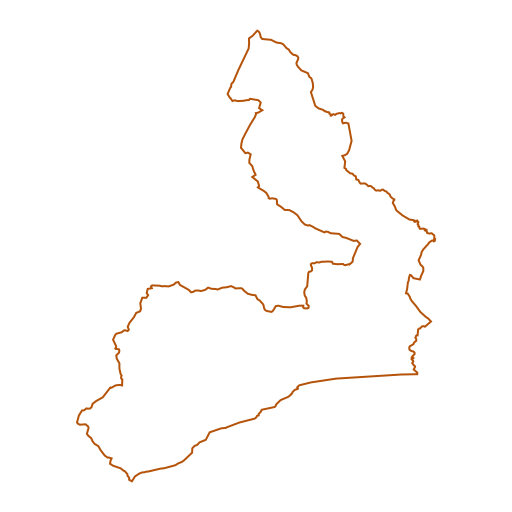 outline of Mfantseman Municipal, Central, Ghana
{"feature_id": "2480657B5340678211162", "entity_name": "Mfantseman Municipal", "entity_type": "district", "adm_level": 2, "iso_a3": "GHA", "parent_name": "Ghana", "parent_adm1": "Central", "projection": "albers", "projection_center": [-1.11, 5.277], "detail": "fine", "context": "isolated", "style": "outline", "palette": "amber", "viewbox_px": 512, "rotation_deg": 0, "n_neighbors": 0, "source": "geoboundaries", "source_scale": "gbopen_adm2", "svg_char_len": 6050}
<svg xmlns="http://www.w3.org/2000/svg" viewBox="0 0 512 512"><path d="M435.0,239.5L434.1,239.9L434.4,236.4L434.1,235.3L431.6,233.2L429.5,233.6L427.1,232.9L426.5,230.0L425.7,230.5L425.3,229.6L424.7,230.0L424.3,228.9L423.6,228.6L419.9,228.8L419.5,228.2L419.3,226.8L418.3,226.3L418.5,225.1L417.6,224.1L418.4,222.1L417.1,220.6L416.5,221.4L415.6,221.0L415.2,221.8L414.7,221.9L414.2,221.5L414.1,220.4L413.7,220.2L409.4,219.5L402.8,215.6L397.1,211.0L396.1,209.9L394.8,206.4L392.8,203.0L393.4,201.0L394.3,200.0L394.3,199.3L392.4,198.4L390.4,196.4L389.9,194.8L389.0,193.8L387.8,193.2L386.3,191.5L384.6,190.9L383.2,189.7L382.0,189.7L380.0,190.8L378.1,190.3L376.2,190.6L374.7,189.6L373.8,188.2L372.4,187.5L371.6,186.5L370.0,185.9L368.3,186.2L367.0,184.8L364.9,183.4L360.6,183.6L359.7,182.6L358.3,179.9L356.3,179.5L355.8,176.4L353.9,175.4L352.5,173.7L350.2,173.3L346.3,170.2L346.1,169.0L344.4,167.9L345.2,161.4L342.3,155.9L344.8,155.2L347.1,153.9L349.1,150.2L351.6,140.9L348.4,123.5L345.7,122.7L342.9,123.3L342.1,121.3L342.1,119.3L343.2,118.1L344.5,117.4L343.4,116.2L343.2,113.6L341.9,112.8L340.5,113.4L339.5,113.1L336.5,113.8L335.1,114.9L333.7,114.2L332.4,114.5L331.6,115.6L330.7,115.6L330.8,114.5L329.4,113.7L329.4,112.7L329.1,112.3L326.7,112.0L325.6,111.2L324.7,111.3L323.2,109.9L318.6,108.4L315.3,105.9L310.9,92.1L312.4,89.9L313.1,87.2L312.8,83.1L311.6,79.0L311.1,78.1L309.4,76.9L307.9,73.2L301.2,70.3L297.8,66.5L296.8,64.8L296.4,63.1L298.2,59.0L298.2,57.5L297.6,56.4L295.7,55.2L293.6,54.9L292.7,54.3L290.3,52.1L288.7,49.5L286.7,48.3L283.3,44.4L281.4,43.3L276.4,42.5L271.0,39.8L262.2,39.0L260.7,37.1L260.2,34.6L259.4,32.5L258.7,31.6L257.2,30.7L252.7,35.7L249.0,38.4L249.1,43.4L248.7,48.4L238.2,70.4L233.3,82.0L231.5,83.7L231.0,87.0L230.1,88.1L227.6,94.0L229.9,97.8L230.6,98.3L232.4,101.0L234.9,100.3L237.5,101.1L243.4,100.8L246.8,100.1L248.8,100.1L250.0,98.8L258.3,100.2L260.7,102.5L259.1,108.2L262.3,110.2L258.3,112.6L255.8,113.1L256.0,114.1L254.8,117.2L250.2,124.6L245.9,132.6L242.5,139.2L241.5,143.1L241.0,147.8L245.4,153.2L247.9,152.6L250.7,154.4L249.4,159.5L249.3,162.9L252.3,166.2L253.7,170.8L255.6,174.8L252.3,177.0L257.8,181.5L259.1,185.9L257.9,187.4L263.9,191.0L266.3,192.9L268.6,196.8L268.7,198.2L269.6,198.7L272.2,198.3L275.8,198.9L276.9,200.0L277.1,204.3L281.0,206.8L284.7,209.9L289.4,210.1L293.6,212.3L297.4,215.2L301.4,221.2L304.8,224.5L308.2,225.6L309.5,225.1L313.5,227.1L315.0,228.2L324.4,232.4L325.5,231.7L326.5,231.6L328.1,231.9L330.5,233.2L339.2,233.9L342.6,237.1L346.2,237.9L353.7,240.9L356.8,240.5L360.1,243.9L357.6,246.9L352.9,258.3L352.8,260.8L352.3,262.0L349.5,264.4L349.3,264.1L345.3,265.2L344.1,264.9L343.0,264.0L337.2,264.2L332.9,263.7L332.0,261.8L328.4,261.5L321.3,261.8L319.3,262.5L316.6,262.2L314.5,263.3L312.2,263.2L310.8,264.2L311.1,266.0L311.8,267.0L312.1,268.6L312.0,270.4L310.9,271.4L309.0,271.8L308.3,273.1L307.2,286.3L304.9,289.4L304.2,292.3L304.8,295.8L306.2,297.6L306.8,300.8L306.5,303.6L308.7,305.9L308.6,307.7L307.4,308.4L304.2,308.3L303.2,307.5L303.3,305.7L299.4,305.7L290.5,307.3L283.2,307.0L278.4,305.7L275.8,306.1L273.1,310.6L271.6,311.9L268.2,311.3L266.1,310.7L264.8,309.7L264.2,308.4L263.3,304.5L259.8,300.6L257.4,299.1L255.5,295.3L251.6,294.8L247.7,293.7L244.0,290.7L242.4,288.7L241.0,288.2L235.2,288.4L234.0,287.4L231.0,286.1L227.0,287.2L222.2,287.7L217.6,289.5L215.6,289.0L211.5,288.8L208.1,287.6L205.3,289.8L202.4,290.7L200.5,291.0L198.3,290.5L195.2,290.6L193.2,291.9L191.0,292.3L188.8,289.9L179.9,284.9L178.4,282.1L175.9,282.6L173.9,284.5L168.8,286.4L163.5,286.1L162.5,286.4L159.5,285.7L152.2,285.4L151.0,286.3L151.8,288.2L147.7,288.9L146.7,293.0L148.1,295.2L146.3,297.8L142.3,297.7L140.3,303.2L141.0,308.8L140.1,311.3L136.2,312.9L134.0,317.1L129.5,322.8L127.7,326.8L128.8,329.5L128.4,330.4L127.5,331.0L125.1,330.3L124.1,330.4L121.6,332.3L116.4,333.7L115.5,334.5L113.2,339.3L113.1,339.8L116.2,346.3L115.9,347.9L115.3,348.4L115.5,348.8L118.9,349.3L119.4,350.7L119.0,352.7L116.3,355.3L116.7,358.5L119.4,363.4L119.4,368.4L120.5,373.7L121.6,375.7L121.1,377.0L121.1,378.0L121.6,379.0L122.3,379.4L122.1,385.4L119.7,384.9L115.6,385.4L111.3,387.8L110.4,387.5L102.7,397.4L96.2,401.0L92.6,403.8L91.6,407.0L90.2,408.5L87.7,408.7L86.4,408.4L84.1,410.3L82.0,410.5L78.9,415.5L77.0,422.5L78.1,423.8L79.8,424.7L85.5,424.3L88.3,426.6L88.5,428.3L86.9,433.8L88.4,435.9L91.2,438.1L92.4,441.0L94.5,443.8L98.5,446.3L100.4,449.9L104.7,455.5L107.5,457.5L108.8,457.5L111.6,458.4L110.6,460.5L110.0,463.7L113.0,465.7L120.6,468.3L123.6,470.7L124.9,471.3L127.3,474.0L127.6,475.9L129.2,477.7L129.1,479.7L131.9,481.3L135.0,476.4L139.2,473.6L142.3,472.4L144.3,472.3L146.5,471.6L147.9,471.6L160.7,468.6L163.9,468.3L175.4,465.2L178.0,463.5L181.9,461.9L183.9,460.5L192.1,452.7L192.3,448.3L194.6,445.9L197.2,444.9L199.5,442.4L205.8,439.8L209.7,432.3L221.4,428.3L225.9,427.9L226.8,427.3L239.5,422.5L254.7,418.6L256.1,417.6L257.1,415.8L258.7,415.4L258.7,413.9L261.0,411.5L261.3,410.3L262.0,409.7L274.6,407.0L275.6,406.1L276.1,404.5L280.6,400.1L288.1,396.9L290.8,394.8L291.0,394.2L291.9,393.6L292.4,392.3L294.7,389.9L297.8,388.9L297.9,388.3L297.2,387.6L297.4,387.0L299.3,385.3L311.0,382.4L336.2,378.6L401.5,374.5L417.2,374.2L417.3,372.7L413.7,369.5L415.1,366.8L414.8,366.0L413.7,365.2L412.2,363.0L413.3,361.6L413.1,360.8L411.5,359.1L411.6,358.2L412.8,358.7L413.4,358.0L412.4,357.1L412.2,356.5L414.6,354.0L414.5,352.5L413.2,351.3L412.2,351.3L410.5,350.5L409.4,349.5L409.3,347.3L409.7,346.4L413.5,344.1L414.1,342.5L416.2,340.8L416.3,339.3L415.4,337.6L415.8,337.1L415.9,336.1L416.9,335.2L417.6,335.3L418.1,329.5L419.3,328.5L419.9,328.5L422.2,326.3L423.9,326.2L424.9,326.7L431.0,321.5L428.1,318.4L426.0,317.1L420.4,312.0L415.8,305.7L411.8,301.1L410.2,298.3L409.8,296.8L407.7,293.6L406.0,293.3L407.1,289.0L407.9,282.4L408.7,280.7L408.9,278.1L409.9,274.9L410.8,275.1L413.6,278.2L419.9,279.5L420.9,276.8L420.8,276.5L423.3,271.1L423.3,267.8L422.5,266.5L420.6,264.8L418.6,260.3L421.0,255.0L421.6,252.2L423.2,249.5L428.3,243.9L429.1,242.5L432.1,240.5L432.9,240.5L433.8,241.4L434.8,240.8L435.0,239.5Z" fill="none" stroke="#b45309" stroke-width="2"/></svg>